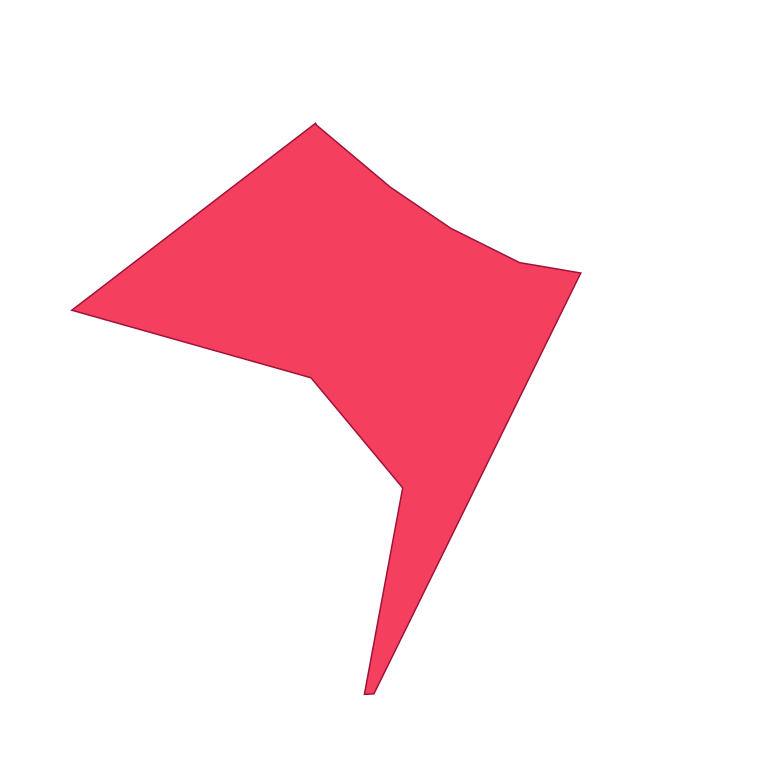 39, Ar Rayyān, Qatar (Albers equal-area conic projection), rotated 328°
{"feature_id": "91078587B48537873933910", "entity_name": "39", "entity_type": "district", "adm_level": 2, "iso_a3": "QAT", "parent_name": "Qatar", "parent_adm1": "Ar Rayyān", "projection": "albers", "projection_center": [51.5, 25.27], "detail": "fine", "context": "isolated", "style": "filled", "palette": "rose", "viewbox_px": 768, "rotation_deg": 328, "n_neighbors": 0, "source": "geoboundaries", "source_scale": "gbopen_adm2", "svg_char_len": 399}
<svg xmlns="http://www.w3.org/2000/svg" viewBox="0 0 768 768"><g transform="rotate(328 384 384)"><path d="M197.9,199.6L325.4,340.1L344.8,482.0L202.9,636.8L205.9,638.5L211.3,641.4L349.5,555.7L608.8,394.7L609.4,394.3L609.7,394.2L563.3,352.9L535.1,306.9L523.1,287.3L493.6,220.3L464.1,129.2L464.0,126.6L158.3,156.0L182.8,183.0L197.9,199.6Z" fill="#f43f5e" stroke="#9f1239" stroke-width="1.5"/></g></svg>